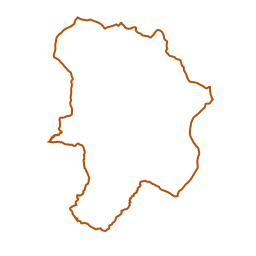 Pijao, Quindío, Colombia (orthographic projection), rotated 276°
{"feature_id": "7082276B22277763183107", "entity_name": "Pijao", "entity_type": "district", "adm_level": 2, "iso_a3": "COL", "parent_name": "Colombia", "parent_adm1": "Quindío", "projection": "orthographic", "projection_center": [-75.71, 4.302], "detail": "fine", "context": "isolated", "style": "outline", "palette": "amber", "viewbox_px": 256, "rotation_deg": 276, "n_neighbors": 0, "source": "geoboundaries", "source_scale": "gbopen_adm2", "svg_char_len": 5677}
<svg xmlns="http://www.w3.org/2000/svg" viewBox="0 0 256 256"><g transform="rotate(276 128 128)"><path d="M106.1,50.8L106.0,51.7L105.8,52.2L106.0,53.0L105.8,55.3L106.5,56.5L106.3,57.5L106.7,58.8L107.1,61.1L106.6,62.7L107.0,63.6L106.0,65.6L105.4,67.2L105.2,68.8L105.5,69.9L105.1,71.5L105.6,74.0L104.6,75.9L104.5,76.9L104.5,77.3L106.2,78.5L107.0,79.3L107.3,80.1L106.4,81.9L106.2,83.5L104.9,85.2L103.7,86.0L101.5,86.7L100.6,87.3L99.6,87.6L98.6,87.6L96.8,86.8L96.3,86.9L95.6,87.4L94.0,87.5L92.8,87.8L92.2,87.7L91.8,87.1L91.6,87.0L90.2,87.5L89.6,87.5L89.0,87.9L85.9,88.2L84.8,88.9L84.0,88.9L83.5,89.1L82.8,90.0L82.2,90.4L81.7,90.7L81.0,90.8L80.7,91.3L80.0,91.5L79.2,92.3L78.4,92.4L77.9,92.8L74.5,94.7L74.0,94.8L72.8,94.3L70.7,94.5L68.4,93.9L67.9,93.5L67.2,92.4L66.6,92.1L65.1,91.9L64.1,91.4L62.5,91.5L61.8,91.2L61.1,90.4L60.3,90.1L59.3,90.5L58.5,90.1L57.9,90.2L57.6,89.9L57.3,89.2L56.3,88.4L56.1,88.0L55.6,86.5L55.9,85.9L56.0,85.1L55.9,84.8L55.2,84.4L52.9,85.0L52.6,85.8L52.3,85.9L51.3,85.7L49.3,83.9L48.6,83.7L47.7,83.9L46.2,84.8L45.4,83.0L44.0,80.8L42.9,79.3L42.1,78.8L41.2,79.0L40.6,79.4L39.6,80.7L38.7,81.5L38.2,81.7L36.9,81.7L35.6,83.1L32.3,85.8L32.5,85.8L32.9,86.4L32.6,87.0L32.1,86.7L31.3,87.4L30.8,87.4L32.0,86.2L31.6,86.4L30.9,86.9L30.5,87.9L30.5,88.9L30.4,89.7L30.1,90.5L29.6,90.9L28.4,91.4L28.2,92.1L29.2,94.6L28.5,97.5L28.1,98.5L27.4,99.1L26.6,100.0L26.3,100.6L24.7,104.4L24.0,106.3L23.9,107.1L24.6,108.2L24.9,109.2L24.9,109.7L25.4,111.1L25.3,111.4L24.2,112.3L23.7,113.0L23.5,113.5L23.3,115.7L23.4,116.6L24.0,117.3L24.8,117.7L25.8,119.4L26.1,119.7L26.9,119.9L28.3,119.6L29.0,119.7L29.4,120.1L30.2,121.9L30.6,122.2L32.1,122.5L33.0,123.9L35.3,125.1L37.6,125.5L38.4,126.0L39.9,128.2L41.8,130.0L43.0,130.6L44.4,130.2L45.1,130.2L45.5,131.3L46.4,132.5L47.2,134.9L47.5,135.4L48.9,136.8L50.4,137.1L51.4,137.9L53.5,137.2L54.4,138.2L55.7,137.1L56.3,137.1L56.9,137.7L57.6,137.4L58.1,137.4L58.4,138.3L59.0,138.6L60.1,138.8L60.7,139.1L61.0,139.6L61.1,140.7L62.1,140.6L63.5,141.1L63.7,142.3L64.4,142.6L65.1,143.5L65.5,143.5L66.4,143.2L67.0,143.9L67.8,144.2L68.8,143.9L69.2,143.9L70.9,145.9L71.9,146.4L72.5,146.5L73.1,145.7L73.5,145.6L75.8,146.2L76.0,146.5L76.2,147.3L76.6,147.8L76.6,148.6L77.1,150.0L77.2,150.7L76.6,152.8L76.7,154.8L76.3,156.2L75.8,156.6L75.6,157.3L74.9,158.3L74.5,160.4L73.7,161.5L72.8,164.8L71.0,166.2L70.6,166.9L69.9,168.6L69.5,170.5L69.2,171.2L69.1,172.2L68.8,172.8L68.6,173.7L67.1,177.4L66.1,178.5L66.0,179.1L65.1,180.8L64.9,181.5L64.9,182.4L65.3,183.7L65.3,184.4L67.3,184.4L69.5,185.0L70.8,185.6L72.6,187.8L73.2,188.3L77.9,191.2L80.7,193.9L83.5,195.8L95.5,201.5L97.3,201.3L101.8,200.4L105.4,200.6L107.4,200.9L108.5,201.4L110.6,201.5L114.4,200.3L114.8,200.3L116.5,198.8L116.7,198.0L118.2,196.9L120.6,194.6L125.8,191.2L126.6,190.8L129.1,190.1L130.7,189.9L134.8,190.0L140.0,190.3L144.6,191.8L146.0,192.6L148.8,195.6L151.4,197.9L152.1,198.2L152.8,199.0L153.4,199.4L153.6,199.7L154.9,200.5L155.9,201.9L156.7,202.3L158.6,202.5L159.9,202.7L160.2,203.1L160.4,203.5L160.8,206.3L161.1,206.7L163.0,207.8L164.6,208.8L165.2,209.4L166.3,208.5L170.2,206.6L174.0,205.7L177.4,205.2L177.5,204.7L177.1,203.9L175.9,202.7L175.8,201.9L175.9,201.0L176.5,199.6L177.1,198.9L177.8,197.8L178.4,195.3L178.9,194.7L179.2,193.5L179.6,193.0L179.9,192.4L179.9,191.9L180.3,190.1L180.4,188.5L180.5,184.9L181.8,183.3L183.3,182.2L184.7,181.6L185.4,181.1L186.9,180.6L189.4,179.0L191.4,177.5L194.4,177.1L194.8,176.5L195.2,175.6L195.7,175.2L200.8,173.1L201.3,172.2L201.3,171.1L202.1,168.2L203.2,167.0L203.5,166.5L204.1,162.1L204.2,161.7L206.2,159.7L206.8,158.8L207.7,158.0L208.5,157.6L211.0,158.8L212.7,158.0L214.6,157.7L217.1,158.0L217.9,157.9L218.4,157.6L219.9,155.3L220.6,154.7L222.5,154.3L224.1,153.7L226.4,152.4L227.8,150.6L228.2,149.9L228.7,147.4L228.6,147.1L226.2,145.1L223.7,143.9L220.4,141.1L220.3,140.7L220.3,140.2L221.0,139.1L221.5,137.8L221.4,134.6L221.6,132.8L221.8,132.3L223.1,131.1L223.4,129.2L224.0,127.5L224.5,126.9L225.6,125.7L225.9,125.5L228.2,125.6L228.6,125.4L229.0,124.6L228.9,123.9L228.7,122.9L227.4,120.5L226.7,118.6L226.8,116.8L227.0,116.0L227.7,114.8L229.5,113.2L230.6,111.4L231.3,110.8L231.9,110.5L232.0,110.3L231.5,109.7L229.9,109.0L229.2,108.4L228.9,108.1L228.7,107.6L228.8,107.3L229.7,105.7L229.6,104.9L227.9,102.1L225.9,96.7L225.1,95.6L224.5,94.9L224.5,94.5L224.7,94.2L226.9,92.3L228.6,90.1L229.6,87.7L230.1,86.1L230.9,82.5L231.9,80.0L231.8,79.0L231.2,77.6L230.7,75.9L231.0,71.8L231.7,68.5L232.4,66.8L232.7,66.5L230.3,64.7L229.6,64.4L227.1,63.9L226.3,63.7L225.4,63.2L223.4,60.8L222.8,60.3L222.4,59.3L220.7,56.5L219.0,54.2L217.4,52.9L215.9,52.0L213.9,49.7L210.7,47.6L209.1,47.3L207.0,47.4L205.2,47.1L202.6,47.0L199.7,47.5L198.6,47.5L197.4,47.4L193.3,46.6L192.2,46.6L190.8,47.0L188.7,51.8L186.3,54.3L185.1,56.0L182.6,58.4L179.2,62.2L178.1,63.6L177.3,65.2L176.3,65.7L172.9,66.9L171.7,67.7L170.8,68.0L168.9,66.8L168.2,66.8L167.4,66.9L165.7,67.6L165.1,67.7L163.9,67.7L160.9,67.4L157.1,67.9L155.9,67.9L153.4,67.7L151.9,67.8L149.6,68.5L149.2,68.5L147.8,67.9L147.0,67.9L144.7,68.4L143.0,69.5L141.7,70.1L139.5,70.5L135.5,70.7L135.1,70.4L134.1,68.9L133.8,68.2L133.6,66.6L133.3,65.8L132.3,64.4L131.5,62.4L131.2,59.8L131.0,59.4L130.5,59.2L129.2,59.0L126.8,59.6L125.7,59.7L124.3,60.1L122.3,60.1L121.5,60.0L120.1,59.3L119.5,59.4L118.2,60.8L118.0,61.4L117.1,62.5L116.9,62.6L116.6,62.6L116.4,62.4L115.8,60.8L114.2,60.2L113.8,59.8L113.8,59.5L114.1,58.8L113.6,58.4L113.4,58.0L113.5,56.7L112.6,56.0L112.9,55.5L112.9,55.3L112.2,54.7L111.7,54.6L111.2,55.0L110.9,54.9L110.8,54.6L110.9,54.3L110.7,53.9L110.7,53.3L110.2,53.5L109.7,53.0L109.1,53.2L108.6,53.1L108.4,52.8L108.7,52.8L108.8,52.6L108.7,52.3L107.7,52.1L106.8,51.6L106.1,50.8Z" fill="none" stroke="#b45309" stroke-width="2"/></g></svg>